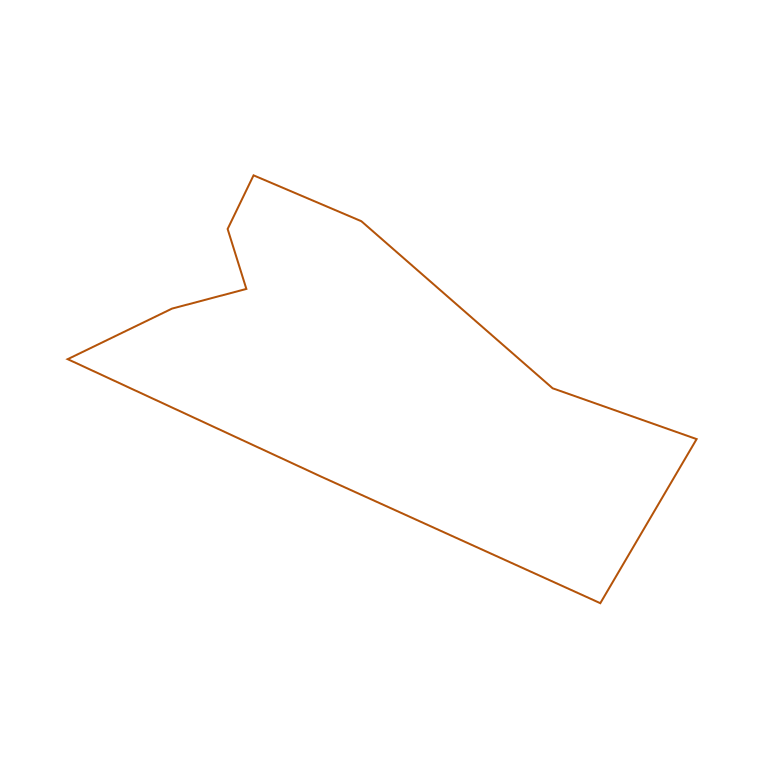 an SVG outline of Ngchesar, rotated 277°
{"feature_id": "PLW-5255", "entity_name": "Ngchesar", "entity_type": "state/province", "adm_level": 1, "iso_a3": "PLW", "parent_name": "Palau", "parent_adm1": "", "projection": "robinson", "projection_center": [134.604, 7.467], "detail": "fine", "context": "isolated", "style": "outline", "palette": "amber", "viewbox_px": 768, "rotation_deg": 277, "n_neighbors": 0, "source": "natural_earth", "source_scale": "10m", "svg_char_len": 297}
<svg xmlns="http://www.w3.org/2000/svg" viewBox="0 0 768 768"><g transform="rotate(277 384 384)"><path d="M575.2,229.1L542.8,341.7L400.3,551.9L367.4,701.0L192.8,625.4L284.3,333.2L370.1,67.0L433.0,164.4L461.6,235.8L518.8,209.9L575.2,229.1Z" fill="none" stroke="#b45309" stroke-width="2"/></g></svg>